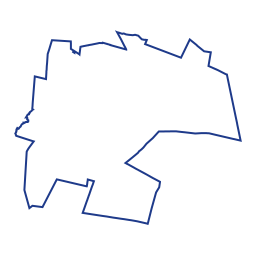 outline of Mier y Noriega, Nuevo León, Mexico
{"feature_id": "50627088B47586163134003", "entity_name": "Mier y Noriega", "entity_type": "district", "adm_level": 2, "iso_a3": "MEX", "parent_name": "Mexico", "parent_adm1": "Nuevo León", "projection": "orthographic", "projection_center": [-100.208, 23.402], "detail": "fine", "context": "isolated", "style": "outline", "palette": "blue", "viewbox_px": 256, "rotation_deg": 0, "n_neighbors": 0, "source": "geoboundaries", "source_scale": "gbopen_adm2", "svg_char_len": 3314}
<svg xmlns="http://www.w3.org/2000/svg" viewBox="0 0 256 256"><path d="M226.9,74.5L225.8,74.2L218.0,70.2L208.5,66.0L210.8,52.3L204.1,51.3L197.3,45.8L196.6,45.0L189.8,39.5L181.0,57.7L145.1,44.1L146.8,40.0L145.7,39.8L144.2,39.8L141.8,39.3L140.5,38.0L138.3,35.7L135.1,34.8L132.8,35.2L128.7,34.8L126.0,34.4L124.3,33.7L124.1,33.6L123.7,33.5L123.1,33.5L122.8,33.7L122.5,33.8L122.2,33.8L120.1,33.1L119.7,32.9L119.4,32.9L118.7,32.6L118.3,32.5L117.6,32.4L117.1,32.2L120.9,39.1L124.3,45.8L124.9,46.8L126.2,49.4L126.2,49.5L110.4,45.1L110.4,44.9L109.6,44.7L109.0,44.5L108.7,44.4L107.1,44.0L107.0,43.9L106.9,43.9L106.6,43.8L105.5,43.5L105.2,43.4L103.8,43.0L103.1,42.8L102.6,42.7L102.4,43.1L99.3,43.0L97.6,43.4L93.1,44.3L91.7,44.6L90.4,44.8L89.8,44.9L89.3,45.0L88.8,45.1L88.6,45.2L88.3,45.2L88.1,45.3L87.9,45.3L87.3,45.4L86.8,45.5L86.7,45.5L86.3,45.6L85.3,45.8L84.3,46.0L83.6,46.1L83.3,46.2L83.0,46.3L82.7,46.3L82.2,46.4L81.9,46.5L81.7,46.5L81.0,46.7L80.5,46.8L80.3,48.1L79.5,54.4L79.4,54.3L74.7,51.3L74.4,51.4L74.4,52.8L73.1,52.0L73.5,51.2L73.6,50.6L71.2,49.1L70.9,48.9L70.9,47.5L70.9,46.5L70.9,45.3L70.9,43.3L70.8,41.4L62.9,40.9L52.0,40.2L51.5,41.8L51.0,43.4L49.3,49.1L47.7,54.0L47.1,62.9L47.0,63.9L46.9,65.0L46.8,66.0L46.6,70.1L46.4,71.0L46.4,71.7L46.4,72.3L46.0,79.1L34.8,76.4L32.7,102.9L32.5,106.5L32.3,108.2L32.3,108.8L32.5,109.0L32.9,109.4L33.0,109.5L32.5,109.7L31.6,110.8L31.4,111.1L30.9,111.4L29.9,112.1L29.5,112.7L29.7,112.9L29.4,113.4L28.9,113.6L29.0,114.3L28.9,114.4L28.2,114.5L27.6,114.7L27.5,115.0L27.3,115.2L27.1,115.6L26.8,116.1L26.0,117.4L27.0,117.3L27.4,118.1L27.2,118.5L27.1,118.8L27.2,119.5L27.7,119.7L27.9,120.1L28.3,120.3L28.3,121.1L28.2,121.6L27.7,122.0L25.8,122.0L25.4,122.4L23.7,122.6L24.0,123.1L21.8,124.3L21.2,125.3L20.8,126.2L20.4,126.8L20.1,126.9L19.4,127.6L18.8,128.6L18.4,128.8L17.3,128.0L16.6,129.2L16.9,129.4L16.4,130.4L16.2,131.3L16.4,131.3L16.2,132.1L15.4,133.3L15.5,133.4L15.7,134.4L15.8,134.4L16.2,135.8L26.1,139.0L30.8,140.5L31.1,140.6L32.0,140.9L33.7,141.4L29.4,147.2L28.4,148.6L26.9,151.2L26.8,151.5L26.7,151.7L24.4,189.9L24.6,190.8L29.4,208.1L32.4,205.8L42.5,207.1L55.2,182.5L56.8,179.4L57.8,179.6L86.5,186.3L86.8,186.3L87.0,185.1L87.2,183.9L87.4,182.0L87.6,181.1L87.7,180.5L87.8,179.5L88.5,179.7L88.9,179.8L90.7,180.3L93.9,181.2L93.6,182.0L92.8,184.5L92.3,185.7L91.4,188.2L90.9,189.7L90.5,190.7L90.3,191.5L90.2,191.6L89.3,194.3L88.6,196.1L88.4,196.8L87.7,198.7L87.4,199.7L86.7,201.5L82.7,212.9L91.8,214.3L103.0,216.0L106.7,216.5L110.2,217.1L111.5,217.3L112.0,217.4L113.2,217.6L116.1,218.0L121.4,218.8L121.5,218.8L124.4,219.2L128.2,219.8L130.2,220.1L130.4,220.1L133.3,220.6L137.2,221.3L146.8,223.5L147.7,223.8L148.0,222.8L151.6,208.5L156.1,192.4L159.2,187.3L160.0,182.0L160.0,181.8L154.9,179.1L152.6,177.9L145.5,173.9L135.3,168.4L134.3,167.8L133.4,167.3L130.7,165.8L128.9,164.8L128.2,164.4L127.3,164.0L125.5,163.0L131.1,158.5L135.5,154.9L138.0,152.8L139.2,151.1L140.3,150.4L140.8,149.9L141.6,149.3L142.8,148.1L143.2,147.8L146.5,143.7L152.7,138.2L152.8,138.1L158.8,131.5L175.8,131.3L181.9,132.0L184.0,132.2L195.3,133.5L197.0,133.4L201.9,133.1L202.5,133.1L204.0,133.1L206.5,133.1L206.8,133.2L209.1,133.3L216.3,135.0L233.5,139.0L234.1,139.1L240.6,140.6L239.2,133.8L237.5,125.6L237.4,125.2L237.0,122.9L235.7,116.8L227.7,78.5L226.9,74.5Z" fill="none" stroke="#1e3a8a" stroke-width="2"/></svg>